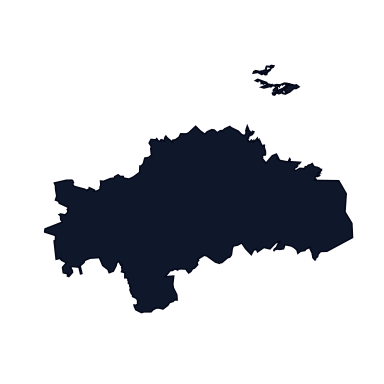 the district of Athenry-Oranmore Lea-7, Galway, Ireland, rotated 170°
{"feature_id": "5873133B98830441057243", "entity_name": "Athenry-Oranmore Lea-7", "entity_type": "district", "adm_level": 2, "iso_a3": "IRL", "parent_name": "Ireland", "parent_adm1": "Galway", "projection": "albers", "projection_center": [-8.887, 53.319], "detail": "fine", "context": "isolated", "style": "filled", "palette": "ink", "viewbox_px": 384, "rotation_deg": 170, "n_neighbors": 0, "source": "geoboundaries", "source_scale": "gbopen_adm2", "svg_char_len": 5964}
<svg xmlns="http://www.w3.org/2000/svg" viewBox="0 0 384 384"><g transform="rotate(170 192 192)"><path d="M41.8,119.3L40.0,133.4L44.8,145.8L40.4,163.6L45.5,177.6L68.4,182.0L69.0,182.4L67.7,183.1L68.6,184.2L68.3,185.2L67.2,186.1L66.3,185.4L64.9,185.7L65.7,186.2L65.2,186.7L64.4,185.9L63.4,186.4L64.9,187.5L64.3,188.8L62.9,187.8L63.4,188.4L63.0,189.2L62.5,188.9L62.7,189.5L60.7,190.9L60.6,191.6L61.2,191.4L62.3,193.2L64.6,194.7L67.4,195.7L68.7,199.2L70.8,198.2L72.7,198.3L74.5,196.9L76.0,197.3L77.1,195.5L81.9,196.6L85.5,195.1L87.3,195.4L87.2,196.7L86.0,198.3L84.9,198.1L83.4,199.4L83.4,200.5L82.6,201.3L81.4,201.2L80.1,202.4L90.5,204.9L89.6,206.9L90.0,207.9L92.3,204.9L100.3,208.0L100.8,209.7L101.3,209.3L102.2,210.4L101.1,210.8L102.3,214.7L106.6,213.8L114.0,207.6L117.1,212.9L116.6,213.2L116.1,216.1L113.5,215.7L113.0,216.6L112.6,219.5L113.1,222.9L112.6,225.5L115.2,225.6L116.4,231.1L117.2,231.4L117.0,232.1L118.2,231.6L118.3,233.7L121.7,230.8L122.3,230.8L122.3,231.8L123.0,230.9L124.5,232.9L126.3,231.1L127.4,231.8L127.1,232.1L127.5,233.2L128.3,233.3L127.9,235.2L127.0,235.2L126.5,236.9L124.9,237.5L125.0,238.8L124.0,237.8L122.6,238.1L120.6,240.5L121.9,241.3L122.6,240.6L122.1,239.9L123.8,240.4L124.7,242.2L126.2,243.1L125.3,243.8L126.1,247.4L128.3,243.2L128.5,240.5L130.1,238.4L133.1,239.8L135.7,243.8L142.3,248.6L143.3,250.0L148.7,248.6L151.0,247.1L153.4,247.5L156.9,246.0L159.3,249.2L161.7,250.0L166.6,248.7L169.3,246.7L173.3,250.8L177.0,256.1L185.1,250.8L187.6,250.2L193.0,251.3L195.3,248.2L199.4,246.3L201.9,246.4L202.7,244.6L207.1,249.7L208.0,251.6L209.1,250.6L210.8,246.9L212.7,248.8L213.7,248.7L214.6,247.4L216.4,248.3L217.5,250.7L218.8,249.7L223.2,250.9L225.7,247.7L224.1,243.7L225.1,241.9L225.5,236.8L225.1,235.6L228.6,233.6L232.6,233.6L235.0,228.4L237.8,226.2L238.8,226.6L240.2,220.4L247.1,217.0L251.7,215.7L256.2,217.3L256.9,218.1L257.0,219.3L259.8,219.7L261.8,221.8L265.5,220.5L265.9,219.2L270.2,219.4L277.2,217.9L280.2,218.7L280.6,214.5L281.6,213.0L281.9,211.4L282.5,210.5L285.2,209.5L288.2,209.7L287.8,210.9L292.4,214.1L292.9,212.7L294.6,212.3L294.9,211.5L297.2,213.4L307.1,218.0L308.1,220.0L307.7,221.6L307.1,221.8L307.6,224.1L308.5,224.6L313.8,225.4L326.0,224.8L325.4,222.3L325.9,217.7L325.9,211.5L327.9,207.8L325.1,206.1L324.6,203.9L317.0,198.7L316.8,197.2L317.9,196.5L317.5,194.9L318.2,193.3L321.0,191.5L325.2,193.2L326.8,192.8L325.6,191.5L326.1,187.4L324.9,185.7L325.2,184.8L343.1,181.2L344.0,178.7L344.0,178.1L334.6,173.2L334.0,172.1L335.0,168.0L336.3,167.8L337.5,149.3L332.8,149.6L333.1,148.8L332.2,147.3L327.9,144.1L332.6,140.3L332.8,134.8L328.6,133.0L329.3,130.9L328.0,130.1L323.6,133.6L323.5,135.3L324.8,138.9L322.8,139.4L316.4,137.6L316.0,130.7L314.6,130.8L315.0,138.7L310.6,141.3L309.9,142.8L308.6,143.5L303.7,144.5L294.6,143.5L292.7,135.1L288.2,130.2L287.6,126.9L283.2,127.7L279.6,132.5L278.5,135.1L276.1,136.7L274.8,132.3L273.3,132.4L274.4,129.7L274.2,127.8L275.3,125.7L272.1,124.2L273.1,119.2L271.5,119.0L270.0,117.6L270.5,116.3L270.0,115.3L270.5,113.2L269.1,111.6L269.7,110.1L269.2,108.1L270.1,106.5L269.4,102.5L268.4,100.9L268.7,99.4L265.5,97.1L264.4,95.3L265.0,91.0L267.1,90.2L268.7,90.8L268.7,89.4L267.8,85.8L262.7,82.0L260.2,82.3L253.1,81.1L250.8,82.8L247.4,83.9L244.7,83.5L240.9,81.8L235.5,84.6L233.3,87.0L229.6,87.5L228.0,88.7L225.4,88.2L224.8,93.4L227.0,100.9L226.9,104.6L224.6,112.4L233.2,113.2L227.0,118.4L224.8,118.1L222.1,119.2L219.7,117.7L219.5,118.4L216.1,118.2L211.6,117.2L210.8,116.6L211.0,115.9L209.3,112.8L206.8,114.0L204.9,116.2L202.8,116.6L199.0,119.4L199.4,121.7L197.3,123.6L198.0,124.8L190.9,127.6L188.3,126.3L181.1,118.9L177.2,116.9L175.8,117.9L175.0,117.2L168.3,121.1L166.1,121.3L164.1,123.3L162.2,129.2L160.7,131.7L156.5,131.7L151.9,133.2L149.0,126.8L144.5,120.0L141.1,124.4L138.3,124.0L137.9,121.6L130.8,124.9L125.1,122.4L118.5,127.3L114.2,128.3L114.1,127.5L116.4,125.8L118.5,122.8L121.0,121.3L121.8,119.5L120.7,120.7L118.2,121.1L115.5,120.2L111.7,120.2L109.6,124.0L103.5,121.6L101.1,119.6L98.7,116.6L98.4,113.2L95.4,114.8L90.9,114.8L90.2,115.8L85.3,117.1L85.6,115.6L84.3,110.9L84.3,106.2L82.7,103.7L82.2,103.8L82.0,105.2L79.6,106.4L78.6,108.7L75.7,111.1L69.4,110.2L41.8,119.3ZM78.4,273.5L73.6,276.3L71.5,275.8L68.3,277.0L70.5,279.4L72.4,279.3L79.8,282.6L82.3,283.2L85.0,282.6L84.3,281.6L82.3,282.8L81.4,281.7L80.2,281.7L80.6,281.2L79.9,280.7L77.8,281.4L78.0,280.5L77.5,281.3L76.8,280.3L76.1,280.6L75.5,280.2L79.7,280.4L80.8,278.4L81.7,278.5L81.8,278.1L82.6,277.7L82.8,277.1L83.4,276.8L82.6,274.6L81.5,274.4L82.4,273.8L81.0,273.1L83.0,272.5L86.3,273.6L83.1,272.2L78.4,273.5ZM103.1,297.3L97.8,296.5L98.0,295.2L98.7,294.9L100.7,295.9L99.7,294.8L98.2,294.7L97.7,295.2L97.4,296.5L93.7,298.5L92.8,300.1L90.2,300.9L89.4,302.0L92.1,302.9L93.3,302.2L96.8,302.9L97.9,301.0L97.7,300.2L96.8,302.6L93.3,301.4L93.2,301.9L92.5,302.3L91.1,302.3L93.0,302.0L92.2,300.6L93.1,300.2L93.6,299.1L97.0,298.6L97.8,299.5L99.0,299.5L101.6,298.9L102.9,299.1L104.1,298.8L108.3,300.5L110.3,299.8L111.1,298.4L106.5,298.4L102.8,295.5L101.0,296.4L102.5,296.3L105.6,297.8L106.1,298.8L104.1,298.6L102.9,299.0L102.6,298.6L103.1,297.3ZM103.1,281.9L96.1,282.4L95.0,283.1L95.4,282.1L94.1,282.8L91.3,281.6L90.1,282.1L88.8,281.2L87.9,281.6L87.6,280.7L87.1,281.6L85.7,281.9L89.9,283.1L92.7,282.9L97.9,284.9L105.7,283.2L103.1,281.9ZM84.7,278.2L88.6,277.3L87.8,277.1L90.6,276.4L91.0,276.1L90.3,276.3L90.4,275.8L91.4,275.5L90.3,275.0L90.6,275.0L91.2,274.6L89.7,274.3L90.0,274.1L89.5,273.6L85.4,274.4L85.6,275.0L85.1,275.7L86.9,275.2L85.2,275.8L85.2,276.5L83.2,276.9L82.8,277.8L80.4,279.4L81.4,279.9L84.7,278.2ZM107.7,291.6L110.2,290.7L108.0,289.2L107.5,289.9L105.7,289.8L104.9,288.9L105.0,286.8L103.8,287.2L103.1,285.9L99.8,286.8L100.0,285.7L98.7,285.4L99.6,286.9L107.7,291.6ZM89.8,277.5L89.8,280.2L91.5,280.2L94.2,278.3L94.3,277.3L91.4,276.7L89.8,277.5ZM95.0,275.7L95.7,275.4L95.5,273.9L94.1,273.1L92.6,273.7L94.4,273.6L93.0,274.1L93.9,274.5L91.9,275.3L94.6,275.4L94.7,274.6L95.0,275.7Z" fill="#0f172a" stroke="#020617" stroke-width="1.5"/></g></svg>